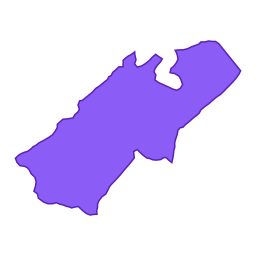 outline of Paracambi, Rio de Janeiro, Brazil
{"feature_id": "56859067B55685454752047", "entity_name": "Paracambi", "entity_type": "district", "adm_level": 2, "iso_a3": "BRA", "parent_name": "Brazil", "parent_adm1": "Rio de Janeiro", "projection": "robinson", "projection_center": [-43.72, -22.62], "detail": "fine", "context": "isolated", "style": "filled", "palette": "violet", "viewbox_px": 256, "rotation_deg": 0, "n_neighbors": 0, "source": "geoboundaries", "source_scale": "gbopen_adm2", "svg_char_len": 2140}
<svg xmlns="http://www.w3.org/2000/svg" viewBox="0 0 256 256"><path d="M134.7,51.9L131.3,54.5L128.2,56.1L125.9,57.8L123.1,60.3L123.2,63.5L122.9,66.9L118.9,66.8L115.9,69.7L112.6,72.5L111.3,75.5L108.8,76.8L107.5,79.5L104.3,82.0L101.8,84.1L99.5,86.0L95.8,88.4L92.6,92.0L88.8,95.1L84.7,98.5L82.4,100.3L79.6,100.9L78.0,104.9L79.4,109.1L77.9,112.0L75.0,114.5L73.0,117.9L69.0,118.6L65.9,119.0L63.0,119.2L59.7,122.1L57.3,124.3L57.3,127.5L55.4,130.9L52.4,134.9L48.6,137.5L43.9,140.3L39.2,142.7L36.2,145.1L33.1,146.8L30.5,149.3L27.7,151.3L24.4,152.3L21.0,153.7L18.5,155.3L15.4,158.3L17.1,162.6L20.0,165.7L24.4,166.3L27.1,167.5L29.2,169.8L31.2,173.8L34.9,177.2L36.2,181.9L35.3,186.9L33.9,191.2L37.5,194.0L38.4,198.2L43.4,201.9L47.7,203.7L52.6,203.7L56.3,202.7L59.8,204.2L63.4,205.0L66.1,206.2L69.1,206.9L71.6,207.9L74.5,207.1L78.2,206.5L80.8,208.8L82.9,210.8L86.4,213.5L90.1,215.0L93.8,214.4L97.0,214.3L96.7,210.8L97.5,207.3L97.6,204.0L99.0,200.6L101.8,196.9L105.8,194.0L108.0,189.8L109.7,186.3L112.3,183.4L115.1,180.5L118.6,176.7L121.2,173.8L123.9,170.4L126.3,167.6L128.8,164.8L130.8,162.4L134.3,157.9L133.6,151.7L137.1,149.5L139.8,152.2L143.1,155.2L146.6,157.9L149.8,158.6L152.8,159.8L156.6,160.1L160.9,159.5L163.6,157.7L166.3,157.6L168.4,159.9L171.8,162.6L172.7,158.8L173.4,154.6L173.8,150.8L174.8,147.0L174.7,142.6L175.9,138.3L177.2,134.5L177.9,130.3L180.2,127.7L182.9,127.3L185.6,124.5L189.6,121.3L192.7,118.4L196.3,115.7L199.3,113.0L200.8,109.9L204.4,106.9L208.8,103.7L213.8,99.3L216.9,96.8L220.5,94.4L224.4,90.7L227.5,87.4L230.0,84.9L232.6,82.2L235.7,78.7L239.0,74.1L240.6,70.8L218.8,43.7L215.4,41.4L212.1,41.4L208.7,41.0L204.6,42.0L201.0,41.9L198.8,44.1L195.7,45.3L191.4,46.8L187.6,48.7L183.2,49.8L178.8,49.9L175.2,50.3L176.6,52.9L177.5,56.1L178.1,59.3L176.0,63.3L173.3,66.7L171.0,68.4L170.0,72.6L174.8,73.6L179.1,76.2L181.0,79.9L182.6,84.6L180.4,88.2L176.9,90.3L173.4,89.3L158.7,82.6L154.9,79.9L155.9,74.9L153.9,71.8L155.2,68.6L157.1,65.5L160.4,62.0L162.3,58.8L159.2,56.9L155.7,54.3L152.4,57.1L149.2,60.6L145.6,63.5L142.1,65.7L137.4,67.2L134.6,64.0L136.0,59.7L135.0,55.7L134.7,51.9Z" fill="#8b5cf6" stroke="#5b21b6" stroke-width="1.5"/></svg>